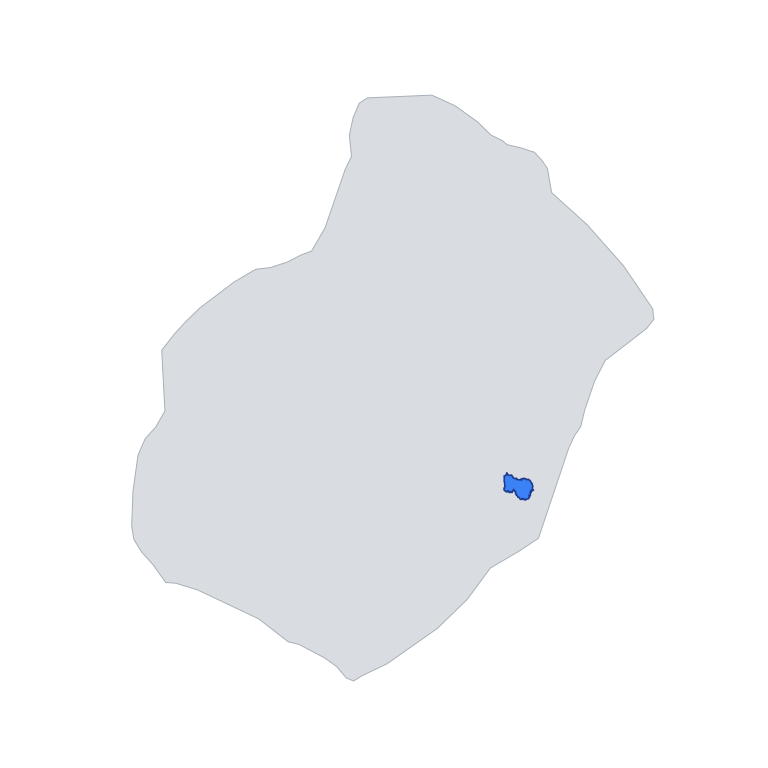 location of Tayateyaneng, Berea, Lesotho, rotated 167°
{"feature_id": "5366337B60059477935755", "entity_name": "Tayateyaneng", "entity_type": "district", "adm_level": 2, "iso_a3": "LSO", "parent_name": "Lesotho", "parent_adm1": "Berea", "projection": "mercator", "projection_center": [27.766, -29.144], "detail": "fine", "context": "in_parent", "style": "filled", "palette": "blue", "viewbox_px": 768, "rotation_deg": 167, "n_neighbors": 0, "source": "geoboundaries", "source_scale": "gbopen_adm2", "svg_char_len": 5681}
<svg xmlns="http://www.w3.org/2000/svg" viewBox="0 0 768 768"><g transform="rotate(167 384 384)"><path d="M506.9,517.2L485.4,524.0L482.5,524.6L468.7,523.0L450.3,524.6L435.9,528.4L424.7,529.8L406.4,549.3L373.3,602.2L364.4,613.2L361.9,634.0L354.2,650.5L344.8,663.3L335.6,666.5L307.9,661.3L272.4,654.7L251.8,638.8L233.5,617.8L223.8,602.5L213.7,594.2L210.2,589.5L195.8,582.4L190.3,578.8L185.5,576.2L179.7,566.1L176.3,557.3L177.6,532.8L167.5,518.2L150.1,493.3L139.1,473.0L124.0,445.2L114.8,421.4L105.3,396.8L106.5,386.3L115.6,379.1L142.4,366.7L163.1,357.2L178.0,339.6L194.2,313.6L202.1,297.9L210.0,290.8L218.6,279.7L233.6,255.2L250.3,228.1L268.2,199.0L290.8,190.5L321.7,180.8L351.4,155.4L386.7,134.0L443.7,110.8L470.3,104.9L480.4,101.5L486.8,105.9L493.6,119.2L503.3,130.3L525.8,149.7L535.3,154.3L558.6,183.0L583.4,202.7L612.0,225.3L631.5,236.6L641.4,239.8L649.7,259.9L658.0,274.9L662.7,288.9L661.8,302.5L652.7,336.0L639.6,370.2L629.0,384.4L616.1,393.4L603.5,407.0L598.7,434.5L593.0,466.9L576.5,480.2L563.7,489.0L546.0,499.7L506.9,517.2Z" fill="#d9dde1" stroke="#a8b0b8" stroke-width="1"/><path d="M289.8,256.3L289.9,256.2L290.2,255.9L290.1,255.7L290.1,255.3L290.2,255.2L290.6,255.1L290.8,254.8L290.7,254.4L290.8,254.1L290.7,253.2L290.5,252.9L290.1,252.8L289.8,252.7L289.7,252.3L289.6,252.2L289.5,251.8L289.3,251.8L289.2,251.6L288.9,251.5L288.5,251.2L288.4,251.1L288.2,251.2L288.3,251.4L288.4,251.6L288.2,251.4L287.9,251.6L287.8,251.9L287.5,251.8L287.0,252.0L286.9,251.8L286.9,251.7L287.1,251.5L287.0,251.3L286.6,251.2L286.7,250.9L286.4,250.9L286.1,250.7L286.1,250.3L286.1,250.2L285.6,250.1L285.6,249.9L285.4,249.9L284.7,250.3L284.5,250.2L284.6,249.9L284.4,249.8L284.4,250.0L284.2,250.1L284.0,249.8L283.8,249.7L283.6,249.6L283.5,249.8L283.2,249.9L283.2,250.1L283.1,250.5L282.8,250.6L282.7,250.6L282.3,250.7L282.3,250.8L282.5,251.0L282.2,251.2L281.8,251.1L281.7,251.2L281.8,251.6L281.7,251.8L281.6,251.7L281.5,251.8L281.4,251.9L281.3,251.7L281.1,251.7L280.8,251.1L280.8,250.6L281.0,250.7L280.7,250.4L280.7,250.2L280.4,250.0L280.2,249.5L279.9,249.3L279.9,248.9L280.1,248.9L280.4,248.6L280.2,248.4L280.2,248.0L280.3,247.9L280.3,247.5L280.5,247.3L280.4,247.1L280.2,246.9L280.0,246.6L280.2,246.3L280.2,246.2L279.9,246.1L279.8,245.8L279.7,245.8L279.6,245.4L279.4,245.3L279.3,244.9L279.3,244.7L279.2,244.6L278.9,244.3L278.9,244.1L278.7,243.9L278.9,243.8L279.0,243.6L278.8,243.5L278.7,243.4L278.3,243.2L278.1,243.0L277.7,242.5L277.5,242.0L277.5,241.6L277.3,241.2L276.7,240.9L276.6,240.7L276.4,240.6L276.2,240.6L276.0,240.8L275.8,240.7L275.8,240.8L275.6,240.8L275.5,241.0L275.3,241.0L275.2,241.3L274.8,240.9L274.7,241.0L274.6,240.9L274.5,240.6L274.4,240.5L274.2,240.7L273.9,240.6L273.9,240.4L273.7,240.2L273.7,240.4L273.4,240.1L273.2,240.1L272.8,239.7L272.7,239.8L272.6,239.7L272.4,239.9L272.2,239.5L272.0,239.8L271.8,239.7L271.6,239.5L271.4,239.6L271.2,239.4L270.7,239.6L269.5,239.8L269.0,239.6L268.9,239.7L268.8,239.8L268.9,240.0L269.0,240.1L268.7,240.4L268.4,240.5L268.1,241.1L267.7,240.9L267.6,241.0L267.5,241.3L267.7,241.7L267.7,242.5L267.2,241.9L266.9,242.0L266.7,242.4L266.4,242.5L266.3,242.8L266.3,243.6L266.1,244.6L265.8,244.4L265.7,244.4L265.6,244.7L265.4,245.0L265.4,245.3L265.4,245.5L265.5,245.5L265.9,245.5L266.0,245.6L265.7,246.1L265.3,246.2L265.3,246.5L265.2,246.7L264.7,246.1L264.6,246.6L264.1,246.6L263.9,246.7L263.9,246.9L264.0,247.2L264.0,247.3L263.7,247.1L263.6,246.6L263.4,246.5L263.1,246.5L262.7,246.9L262.4,247.0L262.5,247.1L262.4,247.3L262.8,247.9L262.8,248.1L262.7,248.5L262.8,248.7L262.7,249.1L262.8,249.5L262.7,249.8L262.3,250.1L262.1,250.3L262.0,251.2L262.1,251.6L262.1,251.9L262.0,252.0L262.3,252.6L262.2,252.8L262.0,253.1L262.2,253.5L262.2,254.0L262.5,254.2L262.4,254.3L262.6,254.9L262.8,255.0L263.0,255.9L263.1,256.0L263.3,256.5L263.2,256.7L263.5,256.9L263.6,257.3L264.0,257.7L264.1,258.0L264.3,258.3L264.8,258.6L264.9,258.3L265.0,258.3L265.4,258.6L265.8,258.7L266.1,258.9L266.4,258.7L266.8,258.7L267.0,259.0L266.9,259.3L267.1,259.6L267.3,259.6L267.8,259.9L267.9,260.1L268.1,260.3L268.2,260.5L268.5,260.6L268.9,260.6L269.1,260.4L269.4,260.5L269.5,260.3L269.6,260.0L269.8,260.0L270.1,260.3L270.2,260.5L270.5,260.6L270.7,260.8L270.8,260.8L271.2,260.6L271.6,260.7L271.8,260.4L272.1,260.2L272.3,260.0L272.2,259.8L272.4,259.9L272.5,260.1L272.8,260.0L273.0,260.2L273.3,260.1L273.5,260.1L275.0,260.7L275.4,260.7L275.6,260.8L275.7,260.7L276.1,261.1L275.7,261.5L275.9,261.9L276.0,262.1L276.4,262.2L276.6,262.5L277.3,262.3L277.5,262.4L277.6,262.6L278.1,262.7L278.3,262.8L278.7,263.0L278.9,263.1L279.0,263.2L278.9,263.4L278.9,263.5L279.1,263.7L279.3,264.1L279.6,264.4L279.6,264.9L279.5,265.0L279.8,265.2L279.8,265.4L279.9,265.8L280.0,266.0L280.1,266.5L280.3,266.5L280.6,266.7L281.3,266.8L281.5,266.7L281.8,266.5L282.2,266.6L282.6,267.0L282.9,267.0L283.0,267.0L283.3,267.4L283.6,267.6L283.9,267.9L284.1,267.9L283.8,268.4L283.9,268.6L283.9,268.9L284.0,268.9L284.0,269.0L284.2,269.3L284.3,269.7L284.5,269.8L284.7,269.4L284.5,269.1L284.5,268.9L284.8,268.4L285.2,268.1L285.4,267.9L285.6,267.7L285.8,267.8L285.8,267.7L286.0,267.7L286.1,267.8L286.5,267.7L287.0,267.2L287.3,267.1L287.7,267.1L287.6,266.9L287.7,266.7L287.8,266.4L287.7,266.2L287.8,266.1L287.9,265.8L287.9,265.7L288.0,265.3L288.0,265.1L288.2,264.8L288.3,264.4L288.3,264.1L288.4,263.8L288.4,263.5L288.5,263.4L288.7,262.9L288.7,262.6L288.7,262.4L288.7,262.2L288.8,262.1L288.8,261.9L288.7,261.7L288.8,261.5L288.8,261.4L288.7,261.2L288.8,260.8L288.7,260.6L288.8,260.5L288.9,259.9L288.8,259.4L288.9,259.1L288.9,258.7L289.1,258.6L289.1,258.2L289.1,257.9L289.0,257.7L289.1,257.4L288.9,257.2L289.1,257.1L289.3,257.1L289.4,256.8L289.5,256.7L289.7,256.4L289.8,256.3Z" fill="#3b82f6" stroke="#1e3a8a" stroke-width="1.5"/></g></svg>